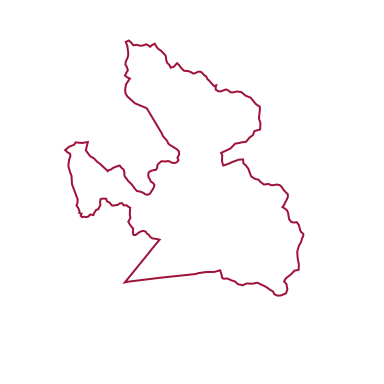 the district of Anápolis, Goiás, Brazil, rotated 29°
{"feature_id": "56859067B45329954534433", "entity_name": "Anápolis", "entity_type": "district", "adm_level": 2, "iso_a3": "BRA", "parent_name": "Brazil", "parent_adm1": "Goiás", "projection": "orthographic", "projection_center": [-49.011, -16.306], "detail": "fine", "context": "isolated", "style": "outline", "palette": "rose", "viewbox_px": 384, "rotation_deg": 29, "n_neighbors": 0, "source": "geoboundaries", "source_scale": "gbopen_adm2", "svg_char_len": 4047}
<svg xmlns="http://www.w3.org/2000/svg" viewBox="0 0 384 384"><g transform="rotate(29 192 192)"><path d="M211.1,86.3L209.8,84.4L207.4,84.4L204.7,84.0L201.5,82.6L197.3,81.1L192.3,81.8L186.7,80.7L182.5,82.3L180.1,84.6L177.5,86.1L174.6,85.6L172.0,85.8L170.6,87.5L168.2,90.2L166.3,91.1L163.2,91.0L161.9,89.1L161.5,87.0L160.0,88.6L157.4,87.8L153.1,86.3L150.9,85.8L148.3,84.0L146.4,84.0L144.6,83.4L142.7,82.7L140.9,82.8L139.0,83.8L137.3,86.4L135.7,87.8L132.7,87.7L129.9,88.1L126.4,89.8L123.9,89.2L121.5,88.4L119.6,87.4L116.5,86.6L115.9,88.8L115.6,90.9L113.1,93.6L110.5,91.8L108.1,91.2L105.4,89.1L104.3,87.3L102.6,85.4L98.6,84.1L96.2,83.4L93.1,83.2L90.4,82.1L87.6,80.4L85.9,82.7L84.9,85.3L82.3,84.9L80.4,85.0L77.9,87.8L75.8,89.2L72.4,90.0L69.6,92.1L65.7,90.6L63.2,90.2L61.3,92.8L64.7,95.7L68.4,100.7L70.0,103.5L70.7,106.8L70.8,110.1L72.1,113.0L74.2,114.1L76.9,116.6L76.8,119.5L76.9,122.7L79.5,123.1L82.7,122.9L82.4,125.8L82.1,130.0L84.0,135.2L86.2,138.1L89.2,139.8L99.1,142.1L108.8,141.0L111.8,140.7L114.1,142.0L137.0,155.3L139.7,157.3L142.7,158.4L145.6,159.4L147.7,161.1L149.8,161.6L152.4,161.6L158.2,162.0L160.7,162.7L162.5,165.2L162.7,167.2L162.7,169.2L164.8,170.7L164.3,173.3L162.9,175.0L160.1,176.2L157.4,176.1L155.7,176.8L154.3,178.0L152.5,178.9L150.3,180.0L149.0,183.5L148.8,185.8L149.8,187.4L149.7,190.1L147.2,192.0L145.9,193.4L144.6,195.6L145.6,198.7L146.9,200.1L149.1,201.4L150.9,202.8L153.9,203.1L155.7,204.1L156.3,205.9L156.4,208.5L156.2,210.8L156.1,213.7L154.6,215.9L152.4,216.7L149.9,216.3L146.3,216.8L143.5,217.9L140.6,216.9L138.7,216.0L135.6,214.6L132.3,213.7L130.5,213.2L128.9,212.3L126.3,211.4L124.7,210.1L123.4,207.6L121.2,205.5L118.4,205.0L115.9,203.9L114.0,205.8L111.1,209.5L110.2,211.7L108.8,213.0L108.2,214.7L106.2,214.0L104.4,213.6L100.5,212.6L97.8,211.9L94.6,211.6L89.9,210.1L86.6,210.2L84.7,209.7L81.9,208.4L79.0,207.1L78.1,204.1L76.7,198.8L72.1,202.4L66.1,205.1L66.0,207.8L62.6,211.9L60.7,216.8L64.0,217.7L66.7,217.6L68.2,219.4L69.0,223.8L71.2,229.1L75.6,233.6L78.8,236.3L83.2,243.3L95.6,253.9L97.1,257.2L97.6,259.9L100.1,261.0L102.7,263.1L103.6,265.0L105.9,264.5L106.2,266.8L108.1,267.2L109.5,266.0L111.6,265.3L113.4,263.5L113.6,261.5L115.2,260.5L117.0,260.0L116.6,257.6L116.9,253.9L118.4,252.6L118.2,249.8L118.2,247.9L116.5,245.4L115.5,242.7L117.0,241.1L120.2,239.5L122.1,241.4L124.9,241.2L128.7,242.6L130.3,241.6L131.9,240.4L133.6,238.9L134.3,237.0L136.4,235.7L138.8,236.8L141.3,235.3L143.3,235.8L145.5,235.7L147.3,239.4L148.6,242.0L150.7,244.5L150.7,248.9L153.3,250.5L155.8,251.7L158.2,252.5L160.2,256.5L161.6,257.9L163.3,257.2L164.3,255.3L165.2,253.1L166.7,250.9L168.7,249.4L170.7,249.2L173.0,250.3L174.9,250.4L177.1,251.5L179.8,251.8L183.9,250.2L186.8,249.5L186.0,253.4L185.1,258.6L184.6,260.9L184.2,263.6L183.9,265.4L177.7,300.3L177.1,303.6L180.3,300.9L206.9,281.6L235.2,261.8L236.9,259.8L239.7,257.8L242.6,255.5L250.2,251.1L254.6,246.9L258.1,250.1L259.8,252.4L261.7,252.5L264.7,250.6L269.5,250.1L273.2,249.4L276.8,250.4L281.6,249.0L283.9,245.7L289.6,242.7L293.2,239.6L302.9,239.1L307.7,239.7L311.0,239.7L313.6,241.5L317.1,241.2L320.0,239.3L323.3,235.1L322.7,231.0L319.2,226.7L315.9,225.6L315.9,222.1L318.5,216.0L319.8,211.1L323.0,208.4L320.7,203.7L317.8,200.2L315.9,197.8L313.0,193.2L311.6,187.6L311.6,182.5L310.8,179.7L310.6,176.6L309.7,174.7L306.3,173.9L304.7,172.5L303.1,170.8L301.3,169.0L298.2,167.6L295.8,169.4L293.5,170.1L290.3,168.8L288.5,166.7L286.3,163.8L284.2,162.1L281.7,161.5L278.4,161.3L278.9,158.5L278.5,156.3L278.6,153.5L278.3,150.0L276.8,147.4L274.4,146.9L271.0,145.7L268.3,144.2L265.3,143.4L262.3,144.5L260.1,146.4L257.6,147.8L255.0,147.8L251.4,150.6L246.7,149.9L244.3,149.0L240.8,150.0L236.3,149.7L234.5,148.2L232.9,146.9L230.1,144.4L226.3,142.7L223.0,141.9L220.9,138.8L217.4,140.9L212.6,146.3L211.5,148.0L210.3,149.5L206.6,153.7L205.0,152.3L203.2,150.3L201.4,146.8L200.6,145.1L198.5,143.7L204.5,135.4L206.3,128.8L209.6,126.2L211.8,124.1L214.9,122.0L215.9,116.7L217.7,112.6L217.1,108.4L221.3,104.3L218.3,98.3L216.2,96.5L214.8,95.1L211.1,86.3Z" fill="none" stroke="#9f1239" stroke-width="2"/></g></svg>